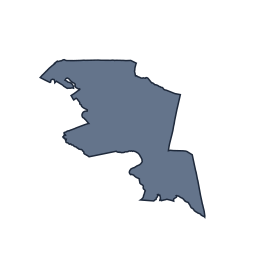 Voineasa, Olt, Romania (Robinson projection), rotated 196°
{"feature_id": "2599482B32059299735801", "entity_name": "Voineasa", "entity_type": "district", "adm_level": 2, "iso_a3": "ROU", "parent_name": "Romania", "parent_adm1": "Olt", "projection": "robinson", "projection_center": [24.151, 44.294], "detail": "fine", "context": "isolated", "style": "filled", "palette": "slate", "viewbox_px": 256, "rotation_deg": 196, "n_neighbors": 0, "source": "geoboundaries", "source_scale": "gbopen_adm2", "svg_char_len": 5709}
<svg xmlns="http://www.w3.org/2000/svg" viewBox="0 0 256 256"><g transform="rotate(196 128 128)"><path d="M137.9,192.6L144.0,193.7L148.6,192.2L151.5,191.6L152.7,191.2L154.1,190.9L158.1,189.8L159.2,189.4L159.5,189.2L160.0,189.3L161.8,188.9L163.2,188.3L172.9,185.6L175.2,185.1L178.2,184.2L180.1,183.6L182.7,182.8L187.6,181.3L189.1,181.0L191.8,180.0L199.0,177.7L205.2,176.0L206.3,175.8L208.2,176.1L209.2,175.6L210.0,174.8L210.3,174.4L211.8,173.7L213.8,172.5L214.4,172.8L216.5,169.9L216.1,169.7L218.0,167.1L219.5,164.8L220.4,163.4L220.9,162.3L221.2,162.0L221.8,160.6L222.3,160.0L222.8,158.9L223.0,158.6L224.4,156.0L224.8,155.5L226.3,152.3L220.9,151.2L215.6,150.3L215.1,150.7L215.0,151.2L215.1,151.4L215.4,152.3L215.4,152.5L215.1,152.9L214.2,154.0L212.4,154.2L211.5,153.0L211.2,152.3L210.8,151.3L209.7,153.2L204.7,151.8L203.2,151.4L202.5,151.2L201.3,150.5L197.5,149.4L197.2,149.4L197.1,149.6L193.9,150.5L193.6,150.8L193.0,151.1L192.7,151.2L192.2,151.2L192.0,151.3L191.5,151.2L191.3,151.2L191.6,152.0L192.1,153.1L192.7,153.8L193.5,154.5L194.4,155.1L195.4,155.4L196.6,155.7L198.5,155.6L199.6,156.2L201.8,156.6L201.6,157.2L201.3,158.2L201.1,158.6L200.3,159.2L199.7,159.4L199.2,159.1L198.3,159.0L196.3,157.6L194.6,156.8L193.6,156.5L192.6,156.4L191.1,155.7L190.8,155.5L190.6,154.3L190.3,153.7L190.5,153.6L189.8,153.0L189.1,152.6L187.5,152.1L186.0,151.9L185.7,152.0L185.3,152.3L185.0,151.8L185.2,151.4L186.9,149.4L187.5,148.5L188.8,146.9L189.0,146.5L191.7,143.5L191.0,142.9L189.1,141.0L187.9,140.0L186.1,142.3L185.9,142.3L184.6,141.7L183.4,140.7L181.9,139.7L181.3,138.9L181.2,138.6L181.1,138.2L180.9,137.8L180.4,137.5L179.5,137.4L179.1,137.1L179.0,136.7L178.8,136.4L178.5,136.1L178.0,135.8L177.0,135.3L175.6,134.9L172.3,134.3L172.1,134.2L172.0,133.9L171.9,133.0L173.5,132.5L174.0,132.2L174.8,131.6L175.5,130.7L175.7,130.1L175.9,129.1L175.9,128.0L175.7,127.4L175.3,126.6L174.6,125.8L174.2,125.6L172.7,125.2L171.8,124.5L171.3,124.4L167.0,121.5L167.5,121.3L170.6,119.2L178.1,113.6L178.8,113.0L179.3,112.5L179.7,112.3L181.8,110.7L182.2,110.5L183.9,109.1L184.9,108.7L185.9,107.9L186.5,107.1L187.3,106.6L188.1,106.0L188.2,105.7L187.9,105.2L187.8,104.9L186.3,104.2L186.1,104.0L186.0,103.8L186.8,103.6L187.2,103.6L187.5,103.4L187.6,102.1L187.7,101.9L188.1,101.7L188.0,101.3L187.6,100.9L186.6,100.7L186.2,100.8L186.1,100.7L186.4,100.6L186.3,100.3L185.8,100.1L185.4,100.0L184.8,100.0L184.2,100.2L184.2,99.8L184.3,99.5L184.6,99.3L184.7,99.1L184.6,98.9L184.2,98.8L183.9,97.6L183.6,97.2L182.9,97.0L182.1,97.2L181.3,96.9L180.1,96.3L179.6,96.3L178.8,96.9L178.3,96.8L177.7,96.2L176.8,96.3L176.0,96.4L175.6,96.2L175.0,95.7L174.5,95.5L172.2,95.4L171.4,94.8L170.9,94.7L170.2,94.7L169.8,94.3L169.5,94.2L167.4,94.3L166.8,94.5L166.5,94.4L166.2,94.3L165.8,94.0L165.3,93.4L164.6,93.3L164.3,93.2L163.7,92.5L163.4,91.5L162.8,91.1L162.0,90.9L161.4,90.9L160.6,90.5L159.6,90.4L158.3,89.9L157.9,89.9L157.5,89.6L133.3,102.2L132.9,102.4L131.9,102.0L130.7,102.0L129.8,102.4L129.0,102.3L128.4,102.6L127.6,102.5L126.9,102.7L125.3,103.3L124.6,103.8L124.3,104.2L124.2,104.3L123.6,104.5L123.0,104.6L122.2,105.0L121.7,105.1L120.9,105.9L120.5,106.2L120.3,106.3L119.5,106.4L118.9,106.5L118.7,106.9L118.5,107.0L117.9,107.0L117.3,106.8L117.1,106.9L116.4,107.4L115.2,107.3L114.3,107.4L113.7,107.2L113.1,106.9L112.2,106.9L111.5,106.6L111.0,106.3L110.2,105.9L109.1,105.0L108.7,104.7L108.3,104.0L107.4,103.4L106.6,102.4L106.0,101.8L105.8,101.5L105.7,100.9L105.3,100.2L105.1,99.9L105.1,99.6L105.3,98.6L105.9,97.1L106.7,95.9L107.5,95.2L109.3,93.7L109.5,93.3L110.1,92.8L110.9,91.7L112.0,91.1L113.7,89.6L113.9,89.4L114.6,87.4L114.6,85.9L114.2,85.2L114.0,84.9L112.9,84.0L112.6,83.9L112.3,84.0L111.9,84.4L111.7,84.4L109.6,84.3L108.7,83.7L107.8,83.3L107.0,83.0L106.5,82.8L103.6,82.4L103.0,82.2L102.9,82.0L103.0,81.6L102.9,81.2L102.3,80.4L102.1,79.8L101.4,78.4L101.1,78.1L100.0,77.6L98.3,77.2L97.9,77.0L97.4,76.5L97.2,76.2L97.1,75.7L97.0,74.8L96.5,73.9L96.1,73.6L95.3,73.4L94.4,72.6L94.0,72.3L94.3,71.3L94.2,69.2L94.4,67.5L94.3,66.3L94.3,65.3L94.5,64.9L95.3,63.2L96.1,62.3L83.1,65.0L82.5,66.1L82.0,66.6L81.6,66.8L81.3,67.3L81.5,68.5L81.1,69.2L81.0,69.4L80.9,69.7L80.8,70.6L80.8,71.4L81.1,71.7L81.3,72.1L80.4,72.5L80.2,72.2L79.5,71.8L79.0,72.2L78.6,71.7L77.5,69.7L77.5,69.4L77.3,68.8L77.6,68.5L77.5,67.3L76.6,67.9L76.0,67.3L73.6,68.7L72.6,69.2L71.0,70.2L66.3,70.4L63.9,70.3L64.2,71.0L64.5,71.5L64.5,71.9L64.3,72.3L64.3,72.7L62.4,74.8L62.4,76.0L62.5,76.2L62.9,76.3L62.7,76.5L60.8,76.4L60.5,76.5L58.8,75.9L58.5,75.7L57.7,75.7L57.0,75.5L56.4,75.5L55.6,75.2L55.0,74.7L54.7,74.7L54.2,74.2L53.6,73.8L53.3,73.8L53.2,73.5L53.0,73.4L52.4,73.3L51.8,73.1L51.5,73.1L49.6,73.0L48.1,71.6L47.2,70.9L46.4,69.9L45.4,68.9L45.0,68.7L43.5,68.4L42.4,67.7L41.6,66.9L41.2,66.7L39.6,66.2L39.3,66.0L38.6,66.0L37.8,65.6L37.1,65.5L35.4,65.4L35.1,65.3L34.3,65.1L34.2,65.0L33.8,64.5L33.5,64.4L31.8,64.0L30.8,63.9L30.0,63.7L29.7,63.5L29.9,64.6L31.8,68.9L32.8,70.7L33.4,71.7L35.1,74.8L35.4,75.1L36.7,77.6L39.6,83.0L46.4,96.7L47.0,97.6L50.4,104.3L51.3,105.7L56.2,114.9L58.9,120.0L63.3,121.2L64.5,121.6L66.1,121.7L68.9,121.2L78.1,118.8L81.3,118.2L82.5,117.5L82.9,117.3L83.4,121.0L83.7,124.2L84.0,134.1L84.2,138.2L84.7,142.5L84.8,144.8L85.2,147.9L86.1,159.4L86.2,162.0L86.7,171.4L86.9,174.5L92.4,174.0L101.4,174.9L103.0,174.8L103.9,174.9L104.9,175.5L105.5,176.1L106.4,176.4L107.5,176.2L108.7,176.6L109.6,176.5L110.8,177.0L112.0,177.2L113.3,177.2L114.3,177.0L115.0,177.4L115.4,177.7L116.4,178.0L117.1,178.1L117.7,177.9L122.5,181.3L123.8,181.6L124.7,181.3L125.0,180.6L127.3,180.4L127.8,179.9L129.3,179.6L130.6,179.9L133.5,180.1L134.0,180.6L135.2,180.2L136.3,182.4L137.4,184.3L137.5,184.7L137.4,185.0L137.5,185.7L137.9,187.7L138.0,191.6L137.9,192.6Z" fill="#64748b" stroke="#1e293b" stroke-width="1.5"/></g></svg>